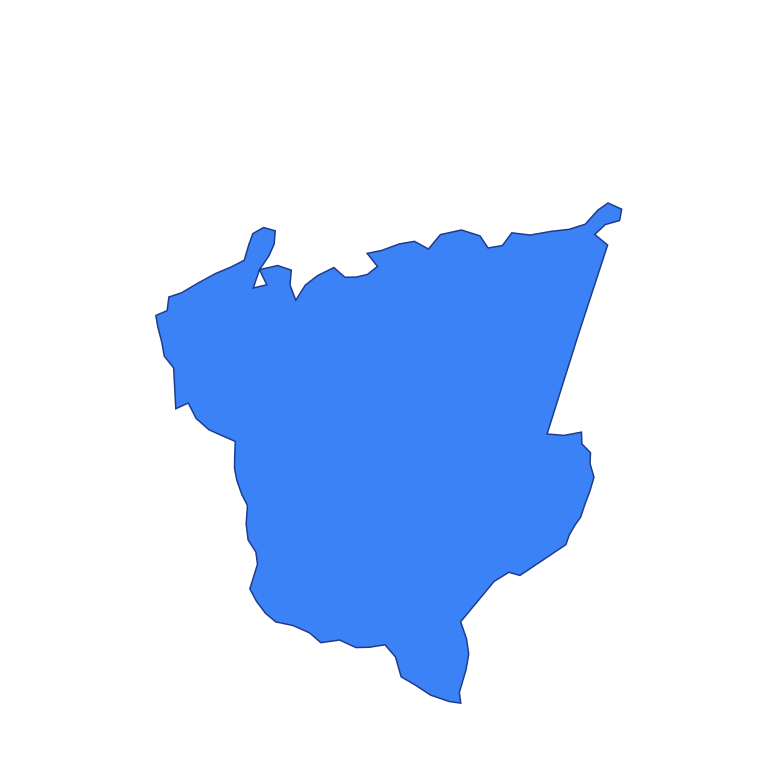 Coronel Martins, Santa Catarina, Brazil (Albers equal-area conic projection), rotated 116°
{"feature_id": "56859067B64546253501816", "entity_name": "Coronel Martins", "entity_type": "district", "adm_level": 2, "iso_a3": "BRA", "parent_name": "Brazil", "parent_adm1": "Santa Catarina", "projection": "albers", "projection_center": [-52.675, -26.542], "detail": "fine", "context": "isolated", "style": "filled", "palette": "blue", "viewbox_px": 768, "rotation_deg": 116, "n_neighbors": 0, "source": "geoboundaries", "source_scale": "gbopen_adm2", "svg_char_len": 1516}
<svg xmlns="http://www.w3.org/2000/svg" viewBox="0 0 768 768"><g transform="rotate(116 384 384)"><path d="M637.2,175.1L628.1,181.1L604.9,185.0L589.7,189.4L576.9,198.1L564.1,210.9L513.2,198.5L498.5,189.3L496.5,177.9L448.6,150.1L438.4,151.3L428.0,150.6L417.4,148.9L402.9,150.8L390.1,152.0L375.8,154.4L365.2,163.9L355.2,168.3L351.1,179.9L340.7,185.4L351.3,199.7L357.4,215.5L254.4,231.0L161.1,243.9L157.2,260.1L143.7,255.0L133.8,243.9L122.7,247.0L123.1,262.0L134.2,268.1L152.2,273.2L163.9,285.5L173.4,300.5L186.0,317.9L192.1,335.4L207.7,338.3L216.1,350.1L208.8,362.7L211.6,381.9L225.0,398.8L243.2,403.2L242.4,419.1L251.3,431.5L265.1,444.8L274.0,456.4L281.2,441.4L292.9,447.0L300.0,455.7L305.2,465.9L301.3,480.1L315.8,491.3L329.7,498.1L347.4,500.0L336.2,511.9L322.3,517.2L324.1,531.5L335.8,546.0L319.1,543.6L306.3,544.1L294.0,548.9L296.1,560.8L306.3,567.8L317.8,566.6L334.0,563.9L345.7,572.6L358.5,583.8L374.5,595.2L390.8,606.0L400.1,615.5L413.1,611.1L422.4,619.1L431.9,612.3L444.0,601.9L455.3,593.7L461.8,580.1L497.5,560.3L486.9,551.6L497.3,537.8L501.9,521.1L501.4,506.1L500.8,492.5L513.6,486.9L525.3,481.4L534.8,474.3L545.8,463.2L553.0,453.5L570.3,446.5L583.7,437.8L591.3,425.4L601.5,418.7L614.3,416.7L626.9,414.8L635.3,403.2L642.0,390.1L645.3,377.0L641.0,360.1L640.3,341.7L644.2,327.4L633.6,311.7L633.2,293.7L627.1,281.9L618.0,268.8L624.3,254.0L639.7,240.2L640.8,224.7L643.2,205.6L640.8,186.2L637.2,175.1ZM335.8,546.0L346.2,532.9L355.0,543.6L335.8,546.0Z" fill="#3b82f6" stroke="#1e3a8a" stroke-width="1.5"/></g></svg>